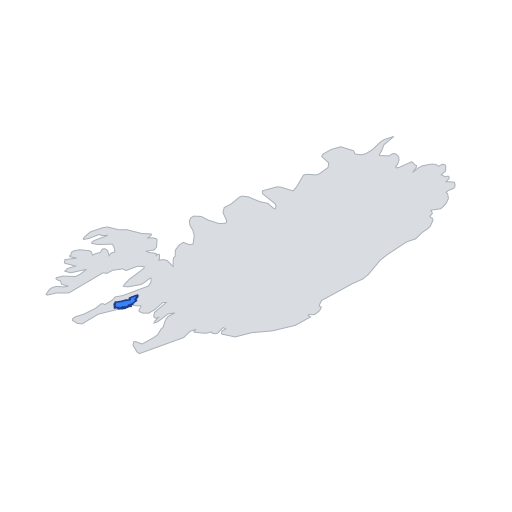 location of Eyja- og Miklaholtshreppur, Vesturland, Iceland, rotated 342°
{"feature_id": "244011B92076156941754", "entity_name": "Eyja- og Miklaholtshreppur", "entity_type": "district", "adm_level": 2, "iso_a3": "ISL", "parent_name": "Iceland", "parent_adm1": "Vesturland", "projection": "natural_earth1", "projection_center": [-22.557, 64.849], "detail": "fine", "context": "in_parent", "style": "filled", "palette": "blue", "viewbox_px": 512, "rotation_deg": 342, "n_neighbors": 0, "source": "geoboundaries", "source_scale": "gbopen_adm2", "svg_char_len": 7597}
<svg xmlns="http://www.w3.org/2000/svg" viewBox="0 0 512 512"><g transform="rotate(342 256 256)"><path d="M388.0,192.5L392.4,192.6L399.5,190.9L409.7,186.0L414.0,184.9L424.0,184.9L412.1,189.7L407.8,195.0L404.6,197.6L404.7,198.7L413.4,201.9L417.5,200.9L419.3,201.3L421.0,202.8L422.3,205.8L421.7,208.9L419.4,212.1L416.2,214.7L416.7,215.6L419.4,216.0L433.4,214.4L435.2,218.3L436.5,219.5L436.2,220.8L430.8,225.0L437.3,222.4L442.5,221.6L451.5,222.9L455.2,224.4L457.5,227.1L461.9,226.3L464.0,227.8L464.2,229.4L462.5,233.8L457.3,236.0L460.6,239.2L463.3,239.3L463.9,240.0L463.7,241.9L459.7,244.1L466.6,246.6L467.5,247.5L467.2,250.3L466.2,251.9L464.2,252.9L459.3,253.1L456.4,254.1L457.5,255.9L456.8,260.7L453.2,264.6L449.7,266.7L446.3,268.1L436.5,266.5L437.0,269.9L433.6,272.0L434.4,273.8L435.6,274.7L435.2,276.9L430.9,281.6L427.8,283.1L421.6,284.9L412.8,289.1L403.7,289.1L381.4,295.2L372.6,298.5L357.1,308.3L350.4,310.9L339.0,312.1L304.6,318.6L300.8,322.5L300.7,323.3L302.3,324.8L299.7,327.6L294.6,329.6L292.1,329.5L287.8,327.9L287.2,328.7L289.0,330.8L272.1,334.1L248.6,332.3L227.8,327.5L211.3,326.6L199.6,319.9L199.3,318.8L200.5,316.8L204.7,316.0L202.6,313.9L195.7,317.5L193.4,317.4L190.4,315.9L190.3,314.5L184.4,314.0L174.3,309.7L173.5,308.8L175.9,307.4L175.5,307.1L170.0,307.3L162.1,311.2L114.9,312.8L113.3,310.7L111.4,303.1L113.0,299.9L115.0,300.2L120.5,304.5L133.1,302.1L138.2,300.5L142.9,296.3L145.6,295.0L149.5,289.7L153.3,286.5L161.3,285.0L154.1,284.0L142.3,288.2L138.3,288.2L140.1,286.4L144.2,284.3L141.4,284.2L140.3,283.2L140.2,281.3L142.3,278.1L156.3,272.5L153.0,271.4L143.3,275.7L136.2,277.2L130.4,275.2L127.7,272.6L127.9,271.5L131.2,268.1L130.7,267.5L128.4,267.1L122.1,264.0L112.3,264.3L87.9,262.6L69.6,266.8L65.2,264.9L61.6,260.6L62.3,258.9L65.5,258.0L74.5,258.1L87.8,256.1L93.8,253.6L96.1,254.3L97.2,255.5L105.4,253.6L109.7,251.4L117.0,252.5L144.4,251.3L148.0,248.4L149.4,245.0L148.8,244.3L138.7,247.5L136.4,247.4L124.7,245.8L120.5,243.9L121.9,242.4L128.1,239.1L143.8,233.7L146.0,232.7L146.2,231.4L139.9,229.1L128.1,229.7L125.1,227.0L115.3,225.3L108.8,226.4L105.3,224.7L66.7,233.3L54.2,229.4L45.3,228.7L44.5,227.5L49.8,223.7L53.3,223.0L56.9,223.3L63.7,226.0L68.4,226.8L62.5,222.9L62.3,219.2L60.5,218.2L58.7,215.8L59.4,214.9L66.5,215.5L77.8,219.8L83.3,219.0L90.6,216.3L74.4,214.7L69.5,211.3L73.0,209.6L81.4,209.8L72.1,204.0L71.7,202.9L73.3,200.4L84.9,202.6L78.8,199.2L78.6,198.4L80.4,197.8L81.3,195.6L84.2,194.8L90.1,195.5L99.2,199.5L100.5,200.7L100.9,204.7L104.4,204.1L108.7,204.6L112.2,201.9L114.7,202.5L116.6,205.0L116.4,210.4L118.9,208.5L123.1,208.4L123.8,203.9L122.9,200.3L109.1,196.2L103.6,193.2L104.2,192.2L106.9,191.3L121.4,190.6L115.2,188.8L113.7,187.0L102.7,187.7L97.2,187.0L97.0,186.1L99.2,184.7L105.9,181.9L118.6,181.7L123.7,182.5L133.5,188.6L141.3,191.1L154.5,199.4L162.9,202.5L163.3,203.4L161.9,204.3L158.7,205.4L163.7,206.9L166.7,209.0L166.9,210.0L164.2,216.7L161.1,218.8L153.3,217.6L155.2,219.7L160.7,222.0L162.0,223.3L161.2,224.5L163.8,224.1L164.7,224.8L163.5,228.6L162.1,230.0L166.8,230.8L170.0,232.7L173.9,240.4L175.9,234.5L177.0,232.3L178.9,231.5L181.1,225.5L186.3,221.9L191.1,220.6L196.2,224.8L199.8,225.2L203.5,217.8L203.9,212.4L202.7,206.4L203.3,202.2L205.7,199.6L209.0,198.8L216.0,201.4L221.9,207.3L230.8,213.7L236.9,215.4L238.0,215.1L239.0,213.1L238.0,204.6L240.7,200.1L247.9,199.0L258.7,194.8L261.2,194.7L266.6,197.1L276.5,205.6L283.5,209.6L287.3,215.9L288.9,217.1L290.4,215.1L290.4,212.3L281.7,199.2L281.6,197.4L282.3,196.0L297.4,196.7L300.8,198.1L311.4,205.6L316.4,202.5L326.2,193.7L329.7,194.0L338.5,197.6L341.9,197.3L351.9,194.1L353.9,190.0L349.3,181.6L351.0,179.9L360.3,177.9L370.4,178.3L381.2,186.0L381.7,189.6L388.0,192.5Z" fill="#d9dde1" stroke="#a8b0b8" stroke-width="1"/><path d="M131.2,256.5L130.6,256.6L129.6,256.5L128.1,256.4L127.3,256.6L126.9,256.7L126.4,256.8L125.9,256.6L125.0,256.5L124.7,256.6L124.3,256.8L124.0,256.9L123.1,256.8L122.6,256.9L122.5,257.0L122.4,257.6L122.5,257.7L122.6,258.0L122.8,258.1L123.0,258.2L123.0,258.3L122.9,258.6L122.7,258.6L122.0,258.5L121.5,258.5L120.4,258.3L119.9,258.3L119.7,258.0L119.3,258.0L119.3,257.9L118.7,257.8L118.4,257.8L118.3,257.6L117.9,257.8L117.3,257.8L117.2,257.7L116.6,257.5L116.0,257.7L115.3,257.5L114.8,257.4L114.7,257.5L114.4,257.8L114.2,257.8L113.9,257.7L113.7,257.7L112.7,257.1L111.8,257.2L111.6,257.2L111.1,257.0L110.4,257.0L109.6,256.8L109.0,256.6L108.8,256.5L108.5,256.4L107.9,256.4L107.9,256.5L107.7,256.5L107.5,257.8L106.9,257.7L106.2,257.8L106.1,258.1L106.1,258.4L106.1,258.6L106.2,258.8L106.2,259.0L106.3,259.3L106.2,259.4L106.3,259.4L106.2,259.5L106.3,259.6L106.3,259.9L106.4,260.2L106.5,260.4L106.4,260.4L106.2,260.5L105.3,261.6L105.5,261.8L105.8,261.9L106.9,262.1L107.4,261.9L108.0,262.0L108.1,262.6L109.3,262.6L109.2,262.7L108.8,263.1L108.9,263.7L109.4,263.8L109.6,263.9L109.7,264.0L110.5,264.2L111.0,264.3L111.9,264.6L113.1,265.1L112.9,265.0L112.9,264.8L112.6,264.7L112.5,264.8L112.4,264.7L111.8,264.5L111.6,264.4L111.1,264.2L110.8,264.0L111.0,263.9L110.9,263.8L110.7,263.9L110.9,263.7L111.1,263.6L111.3,263.7L111.6,263.6L111.8,263.6L112.0,263.6L112.3,263.4L112.4,263.5L112.6,263.5L112.7,263.4L113.1,263.3L113.4,263.4L113.5,263.5L113.4,263.5L113.5,263.6L113.8,263.5L113.8,263.4L114.1,263.5L114.5,263.6L114.7,263.8L114.8,263.9L114.8,264.0L114.6,264.2L114.7,264.3L114.4,264.3L114.2,264.4L114.4,264.4L114.5,264.3L114.5,264.5L114.8,264.4L114.7,264.6L115.0,264.5L114.9,264.5L115.2,264.4L115.6,264.3L116.0,264.3L115.9,264.4L116.0,264.4L115.9,264.5L116.1,264.6L115.9,264.7L116.0,264.7L115.9,264.8L115.7,264.8L115.7,265.0L115.4,265.0L115.2,264.8L115.2,265.0L114.9,265.0L114.7,264.9L114.1,264.9L113.9,264.8L113.8,264.7L113.4,264.8L113.5,264.8L113.8,264.9L114.7,265.0L115.0,265.1L115.1,265.3L115.5,265.3L115.5,265.2L115.8,265.2L116.1,265.0L116.5,265.0L116.7,264.9L117.1,264.9L117.7,265.1L117.9,265.1L118.1,265.0L118.5,265.0L118.8,264.9L118.5,264.8L118.2,264.9L117.9,265.0L117.2,264.8L117.2,264.7L117.6,264.6L117.8,264.5L117.8,264.4L118.1,264.3L118.4,264.2L118.5,264.1L118.9,264.0L118.7,263.9L119.0,263.9L119.3,263.7L119.5,263.6L119.9,263.4L120.0,263.3L120.3,263.4L120.2,263.4L120.1,263.5L120.3,263.5L120.5,263.7L120.6,263.8L120.7,264.0L120.8,264.0L120.7,263.9L120.8,263.9L121.0,263.9L121.3,263.6L121.5,263.8L121.4,263.9L121.5,263.9L121.8,263.8L121.7,263.8L121.8,263.7L121.6,263.7L122.0,263.4L122.2,263.2L122.3,263.2L122.5,263.2L122.4,263.3L122.5,263.3L122.4,263.4L122.6,263.4L122.6,263.5L122.5,263.8L123.0,263.7L123.3,263.8L123.5,263.8L123.8,263.8L123.8,263.7L124.1,263.5L124.2,263.4L124.0,263.5L124.0,263.4L123.9,263.4L124.0,263.3L124.1,263.2L124.3,262.9L125.4,262.7L125.6,262.5L126.5,262.1L126.8,262.0L127.1,262.0L127.4,261.9L127.6,261.9L127.9,261.7L128.1,261.7L128.3,261.4L128.2,261.2L127.9,261.1L128.0,261.0L128.2,260.8L128.4,260.8L128.3,260.7L128.1,260.6L127.9,260.4L128.0,260.4L128.0,260.2L127.9,260.1L128.0,260.0L128.0,259.9L128.0,259.7L128.6,259.5L128.5,259.4L128.6,259.2L128.9,259.1L129.1,259.0L129.3,258.9L129.6,259.0L130.1,259.0L130.5,258.8L130.5,258.7L130.3,258.4L130.7,258.1L130.3,258.1L130.2,258.1L130.2,257.9L130.3,257.8L130.2,257.7L130.3,257.7L130.5,257.5L130.5,257.4L130.6,257.2L130.8,257.0L131.0,256.9L131.2,256.7L131.2,256.5ZM119.8,264.6L119.1,264.6L119.5,264.7L119.9,264.8L120.0,264.8L120.0,264.7L119.8,264.6ZM120.7,264.5L120.3,264.6L120.4,264.8L120.5,264.8L120.7,264.7L120.7,264.5ZM121.6,265.2L121.6,264.9L121.5,265.0L121.4,265.1L121.6,265.2ZM114.3,264.7L114.5,264.7L114.4,264.6L114.3,264.7ZM120.3,264.3L120.2,264.3L120.3,264.4L120.3,264.3ZM113.8,264.1L113.7,264.0L113.8,264.1ZM114.2,265.8L114.3,265.8L114.2,265.8Z" fill="#3b82f6" stroke="#1e3a8a" stroke-width="1.5"/></g></svg>